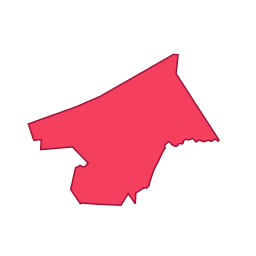 the district of Juárez, Coahuila, Mexico, rotated 316°
{"feature_id": "50627088B80737433558791", "entity_name": "Juárez", "entity_type": "district", "adm_level": 2, "iso_a3": "MEX", "parent_name": "Mexico", "parent_adm1": "Coahuila", "projection": "robinson", "projection_center": [-100.615, 27.664], "detail": "fine", "context": "isolated", "style": "filled", "palette": "rose", "viewbox_px": 256, "rotation_deg": 316, "n_neighbors": 0, "source": "geoboundaries", "source_scale": "gbopen_adm2", "svg_char_len": 3518}
<svg xmlns="http://www.w3.org/2000/svg" viewBox="0 0 256 256"><g transform="rotate(316 128 128)"><path d="M183.9,200.2L184.1,200.1L185.0,199.9L185.6,197.2L186.9,190.5L187.2,188.8L188.0,185.1L188.1,184.7L188.4,183.1L189.6,176.9L190.5,172.1L191.0,169.6L191.4,167.8L191.8,165.4L192.5,161.9L193.1,158.8L193.5,156.7L194.0,154.2L194.7,150.8L194.7,150.6L195.3,148.0L195.6,146.3L196.3,142.7L197.0,139.3L197.7,135.6L198.2,132.9L199.7,125.6L200.2,122.5L200.3,122.4L201.3,121.5L203.4,119.8L207.5,116.3L209.5,114.6L211.3,113.1L212.4,112.2L214.9,110.1L212.0,106.7L205.3,105.0L204.3,104.8L203.6,104.6L202.9,104.4L201.1,103.9L199.3,103.5L197.6,103.0L192.8,101.9L192.1,101.7L185.7,100.0L185.1,100.0L182.5,99.4L181.3,99.0L174.8,97.3L173.5,97.0L170.3,96.2L164.7,94.8L163.2,94.4L161.6,94.0L160.5,93.7L156.3,92.6L155.8,92.5L147.9,90.5L143.9,89.4L139.6,88.4L137.3,87.8L130.3,86.0L128.4,85.3L120.3,82.3L114.8,80.1L114.1,80.0L109.2,78.2L101.5,75.0L97.7,73.3L91.3,70.4L89.5,69.6L84.0,67.0L74.3,62.7L73.7,62.4L64.1,58.1L59.5,56.0L59.2,55.8L54.7,65.1L54.0,66.6L53.8,67.0L53.3,67.9L52.0,70.8L51.9,71.0L51.8,71.5L57.3,75.9L56.1,77.4L50.2,82.9L74.9,103.0L74.9,110.0L75.0,124.6L75.0,125.5L74.7,125.6L73.4,125.5L73.2,125.4L73.0,125.5L72.3,125.9L70.3,125.8L69.9,125.5L69.1,125.0L67.9,123.7L68.0,123.1L68.1,122.5L67.7,122.2L67.5,121.7L66.9,121.3L66.5,121.2L65.3,121.3L64.6,121.1L63.2,120.3L63.0,120.1L59.9,122.0L56.2,124.4L52.6,126.8L44.1,132.4L42.1,143.7L41.2,149.1L41.1,149.3L42.8,150.0L45.7,153.3L50.8,159.0L52.6,161.1L53.8,162.3L62.5,171.5L65.7,174.9L69.2,178.7L69.7,178.6L72.6,177.9L73.5,177.6L75.6,177.1L79.2,176.2L82.6,175.3L81.8,180.1L81.8,180.3L80.9,185.4L80.7,186.7L81.0,187.2L83.7,184.7L88.5,180.2L94.6,181.4L96.9,181.9L97.1,182.0L97.3,181.7L97.8,182.1L98.3,182.5L98.7,182.9L99.1,183.2L99.3,183.4L99.5,184.1L101.6,184.2L103.1,184.0L104.0,183.6L104.3,183.2L105.4,182.4L116.0,176.7L128.4,172.4L130.2,171.5L140.1,168.2L140.6,168.6L140.9,167.8L141.5,166.8L141.8,166.5L142.0,166.4L142.7,166.1L143.3,165.9L145.6,165.9L146.0,165.9L146.3,165.9L146.5,165.9L146.9,165.9L147.1,166.1L147.5,166.4L147.8,166.4L147.8,166.5L148.0,166.6L148.1,166.8L148.2,167.3L148.3,167.9L148.2,168.7L148.2,169.0L148.1,169.3L147.9,169.7L148.1,170.4L148.3,171.2L148.5,171.5L148.6,172.6L149.4,173.9L149.9,174.5L150.7,174.9L151.5,175.2L151.9,175.2L152.2,175.0L152.3,174.7L152.6,174.5L152.8,174.4L153.0,174.4L153.5,174.7L154.3,175.2L154.7,175.5L155.0,175.9L155.2,176.1L155.3,176.4L155.6,176.7L155.8,176.9L156.1,177.1L156.6,177.1L157.2,177.1L157.7,176.9L158.0,176.6L158.1,176.4L158.1,176.0L158.2,175.9L158.5,175.9L159.3,175.9L159.8,175.8L160.9,175.9L161.2,175.9L161.5,176.0L161.9,176.4L162.1,176.7L162.2,177.1L162.5,177.6L162.6,177.9L162.8,178.0L163.1,178.4L163.4,178.7L163.8,178.9L164.2,179.1L164.6,179.3L165.4,179.7L166.0,179.8L166.8,180.4L167.0,180.8L167.1,181.0L167.3,181.6L167.5,182.0L167.6,182.4L167.6,182.7L167.5,183.0L167.2,183.5L167.0,184.0L167.1,184.7L167.2,185.0L167.3,185.2L167.6,185.4L167.8,185.5L168.5,185.8L168.9,185.8L169.4,185.7L169.7,185.8L170.0,185.8L170.5,185.9L171.0,186.3L171.2,186.6L171.3,186.9L171.5,187.1L171.6,187.4L171.6,187.8L171.8,188.3L172.1,188.7L172.4,189.6L172.5,189.6L172.9,190.2L173.3,190.6L173.6,191.0L174.0,191.1L174.5,191.2L174.9,191.3L175.2,191.5L175.9,192.0L176.4,192.3L177.1,192.7L177.7,193.1L178.0,193.7L178.0,194.2L178.1,194.5L178.3,195.0L178.5,195.4L178.7,195.5L179.1,195.6L179.4,195.7L180.3,196.1L181.0,196.1L181.8,196.1L182.3,196.1L182.6,196.3L182.8,196.6L183.9,200.2Z" fill="#f43f5e" stroke="#9f1239" stroke-width="1.5"/></g></svg>